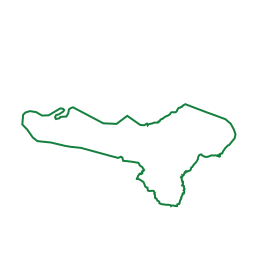 the district of Kota Solok, Sumatera Barat, Indonesia, rotated 32°
{"feature_id": "22746128B30699524960223", "entity_name": "Kota Solok", "entity_type": "district", "adm_level": 2, "iso_a3": "IDN", "parent_name": "Indonesia", "parent_adm1": "Sumatera Barat", "projection": "robinson", "projection_center": [100.652, -0.779], "detail": "fine", "context": "isolated", "style": "outline", "palette": "green", "viewbox_px": 256, "rotation_deg": 32, "n_neighbors": 0, "source": "geoboundaries", "source_scale": "gbopen_adm2", "svg_char_len": 4190}
<svg xmlns="http://www.w3.org/2000/svg" viewBox="0 0 256 256"><g transform="rotate(32 128 128)"><path d="M36.5,181.0L43.3,182.7L52.3,186.5L57.0,187.0L58.1,187.1L61.5,185.5L70.2,181.2L84.4,176.4L85.8,175.8L89.2,174.4L98.6,169.8L124.1,162.1L125.5,161.7L135.5,158.6L137.1,156.2L138.8,156.0L141.3,158.4L144.4,156.8L148.4,154.9L155.3,152.0L158.2,153.6L160.7,153.6L163.1,154.7L163.9,155.1L163.8,155.6L163.9,155.9L163.9,156.1L163.6,156.3L163.2,156.3L163.0,157.2L163.5,157.7L164.0,158.5L164.2,159.0L164.0,159.4L163.8,159.6L163.4,159.2L163.3,158.9L163.1,158.9L163.1,159.2L163.3,160.1L163.3,160.3L163.1,160.4L162.2,160.6L162.0,161.1L162.1,162.1L161.9,162.9L161.9,163.1L162.0,163.6L162.1,164.0L162.2,164.3L162.4,165.1L162.2,165.8L162.5,166.5L163.7,165.8L165.7,165.5L169.7,165.6L171.9,167.1L173.9,168.6L175.0,168.6L176.0,168.3L176.3,168.8L176.7,168.9L177.5,170.0L177.8,170.3L178.3,170.5L179.6,170.1L181.6,168.5L181.9,168.4L182.5,168.0L183.7,167.9L184.4,168.6L185.1,169.7L185.3,169.5L185.4,170.0L186.2,170.3L186.4,170.6L186.9,171.2L187.3,172.0L187.8,172.7L188.5,173.1L189.4,172.7L191.3,174.0L193.3,173.9L194.0,174.4L194.5,175.2L194.8,175.1L195.7,175.0L196.2,174.9L197.9,174.4L198.6,173.9L201.3,172.8L203.0,171.6L205.3,170.9L205.9,171.4L206.0,171.2L206.2,170.5L207.1,170.0L207.5,169.8L207.8,169.6L208.3,169.4L208.8,169.3L209.1,169.0L209.5,169.1L211.0,168.2L210.3,166.7L210.8,165.9L211.0,165.6L211.6,165.4L211.7,165.2L211.6,164.6L211.3,164.1L211.1,163.2L210.8,162.2L210.5,161.8L210.5,161.5L210.6,161.4L210.6,160.4L210.5,160.2L210.5,159.4L210.4,159.3L209.8,158.9L209.9,158.4L209.9,157.8L209.8,157.4L209.6,157.0L209.5,156.3L209.7,155.7L209.1,154.6L209.1,154.3L209.3,154.1L209.9,154.1L210.1,154.0L210.1,153.8L210.0,153.7L210.0,153.2L209.8,152.9L209.0,151.5L208.8,151.2L208.5,151.0L208.2,151.1L208.2,150.8L208.1,150.4L208.3,149.8L208.2,149.5L208.1,149.4L207.6,149.3L207.1,149.1L206.8,148.7L206.6,148.1L206.1,147.6L205.8,147.5L205.4,147.5L204.4,148.1L204.2,148.0L204.3,147.8L204.6,147.3L204.7,147.1L204.2,146.6L204.2,146.2L204.0,145.9L203.9,145.6L203.6,145.3L203.4,145.2L203.3,144.8L203.1,144.5L202.6,144.9L202.2,144.5L199.9,142.1L199.7,141.4L199.1,141.6L199.0,141.1L199.9,141.0L199.9,140.4L199.6,139.6L199.6,139.2L199.3,139.0L199.9,138.8L200.1,138.6L200.1,137.8L199.9,137.4L199.9,136.8L199.6,135.7L199.7,135.1L200.1,135.2L200.3,135.5L200.5,135.3L200.4,134.5L200.3,134.1L200.2,133.7L200.9,133.4L201.4,133.5L201.8,132.9L202.0,132.5L202.4,132.1L202.8,131.3L203.2,130.9L203.3,130.3L202.6,128.0L203.2,126.9L203.2,124.3L203.5,122.7L203.9,121.2L203.9,119.3L203.8,118.1L203.8,117.2L203.1,115.8L202.8,114.9L202.8,113.3L203.5,112.1L204.1,111.6L205.2,111.9L205.9,111.9L208.0,111.8L208.9,111.4L210.0,110.9L211.4,109.6L211.8,108.9L213.1,107.2L215.8,105.5L216.7,104.8L217.5,104.5L217.8,104.5L218.1,104.5L218.7,103.2L218.9,103.3L219.0,103.4L219.1,103.9L219.3,104.1L220.6,104.0L220.8,103.8L220.8,103.5L220.9,103.2L220.8,102.9L220.6,102.6L220.4,102.1L220.1,101.9L219.8,101.5L219.8,101.2L220.2,100.7L220.7,100.2L221.2,99.8L221.2,99.7L221.3,99.6L221.1,99.4L221.1,98.0L220.9,97.2L221.1,96.0L221.1,93.9L221.5,91.8L221.6,91.4L221.7,91.2L222.0,89.8L222.8,88.8L223.4,83.9L223.9,80.4L223.8,80.1L223.4,79.0L222.6,76.5L221.2,75.3L218.6,73.2L213.0,70.0L206.0,68.9L199.8,70.2L197.7,70.6L192.4,71.7L187.5,72.8L186.0,73.1L185.8,73.1L176.5,75.0L164.1,77.4L163.3,78.7L163.1,79.1L162.8,79.6L162.8,80.0L162.4,80.8L162.4,81.6L162.2,81.9L161.7,82.2L161.3,83.3L160.4,83.9L160.4,84.5L160.1,85.3L160.4,87.7L160.3,88.8L159.9,89.5L156.8,91.4L156.3,92.1L156.2,94.6L156.0,95.0L155.7,95.2L155.5,95.8L155.0,96.8L154.5,97.2L154.0,98.1L153.3,99.3L152.5,101.8L152.4,102.0L151.8,102.3L151.6,103.0L151.2,103.5L151.1,103.9L151.3,104.9L151.2,105.4L150.3,106.5L150.8,107.1L149.8,108.1L147.4,109.5L145.9,111.6L145.0,112.4L143.4,113.9L143.3,115.4L141.7,114.3L140.3,117.0L138.9,117.8L136.7,118.9L120.9,118.1L116.1,130.6L104.6,137.1L70.4,139.6L69.0,141.3L68.1,143.5L69.6,147.5L69.6,151.0L67.1,152.7L64.8,154.5L64.8,156.0L62.1,158.6L60.4,157.5L60.2,155.1L62.3,152.9L64.4,148.3L64.4,146.6L62.9,146.1L60.2,147.2L54.0,159.3L49.8,162.1L48.5,163.0L48.4,163.0L41.7,163.2L35.8,165.7L32.7,169.4L32.1,172.5L36.5,181.0Z" fill="none" stroke="#15803d" stroke-width="2"/></g></svg>